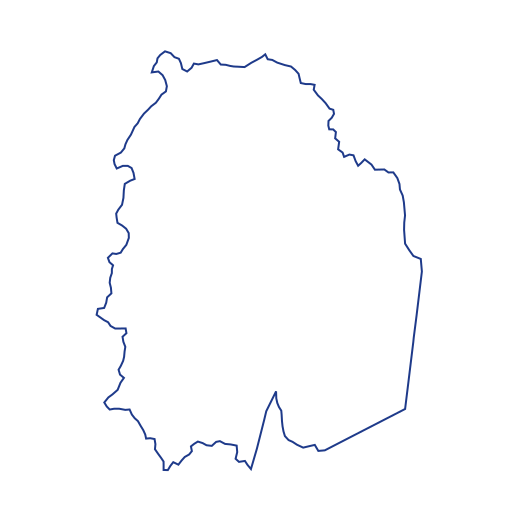 the district of Rio Bananal, Espírito Santo, Brazil, rotated 355°
{"feature_id": "56859067B48678368880409", "entity_name": "Rio Bananal", "entity_type": "district", "adm_level": 2, "iso_a3": "BRA", "parent_name": "Brazil", "parent_adm1": "Espírito Santo", "projection": "albers", "projection_center": [-40.336, -19.221], "detail": "fine", "context": "isolated", "style": "outline", "palette": "blue", "viewbox_px": 512, "rotation_deg": 355, "n_neighbors": 0, "source": "geoboundaries", "source_scale": "gbopen_adm2", "svg_char_len": 3036}
<svg xmlns="http://www.w3.org/2000/svg" viewBox="0 0 512 512"><g transform="rotate(355 256 256)"><path d="M99.0,306.6L102.9,309.1L105.0,313.0L109.4,316.0L114.4,316.4L119.8,316.8L120.2,321.6L116.0,324.8L116.4,329.9L117.9,335.1L116.8,339.5L115.8,345.0L114.5,348.9L111.8,353.6L109.2,357.3L110.2,362.3L113.8,365.9L110.0,370.4L106.5,377.3L100.9,381.4L96.6,384.0L92.1,388.7L94.2,392.9L96.9,396.2L101.1,395.8L106.3,396.2L112.4,397.9L116.7,397.9L118.5,403.1L121.0,407.0L124.0,410.2L126.2,415.0L128.5,419.6L130.1,424.2L130.6,428.3L134.7,428.3L139.0,429.5L139.4,434.7L138.5,439.7L141.3,444.6L143.9,448.9L146.0,452.7L145.7,456.7L145.3,461.1L149.5,461.6L152.5,457.5L155.6,454.2L160.5,457.1L164.2,453.1L167.5,450.0L172.1,447.9L175.1,444.8L174.6,440.0L178.1,437.7L181.9,435.8L186.5,437.7L190.2,440.2L195.4,441.3L200.1,437.7L203.9,437.3L208.8,440.5L214.3,441.5L220.2,443.2L220.2,449.7L218.0,456.2L221.1,459.6L227.1,459.2L229.3,463.3L232.4,467.8L240.1,448.0L249.8,420.2L252.7,411.5L264.2,392.6L263.8,399.6L264.4,404.3L265.7,408.4L267.7,412.3L267.7,416.4L267.5,422.8L267.6,428.0L268.1,433.1L269.1,437.9L272.4,442.2L276.2,444.3L280.4,447.6L286.3,451.0L292.4,450.1L298.1,449.3L301.1,455.6L307.6,455.6L325.9,448.1L347.4,439.3L391.2,421.4L394.3,406.8L395.5,401.2L405.2,355.4L406.1,350.7L410.7,329.6L419.9,285.9L419.9,273.3L412.8,269.7L409.2,263.6L405.6,256.7L405.7,249.5L405.8,242.8L406.6,235.6L408.0,228.6L408.0,222.7L408.0,215.4L407.4,208.6L405.2,202.3L405.2,196.8L403.6,190.7L400.1,184.7L395.2,184.3L391.4,181.0L386.9,180.7L382.0,180.4L379.0,175.0L372.7,169.2L368.8,172.6L365.6,175.0L363.5,170.1L361.9,164.2L357.9,163.1L352.4,164.9L351.3,160.5L347.1,156.9L348.8,149.5L345.1,145.7L346.4,139.5L343.9,136.6L340.0,136.2L339.4,132.4L340.0,127.8L343.5,124.9L346.1,121.2L345.7,117.1L342.1,115.6L338.6,109.7L335.2,105.3L331.7,101.4L328.0,95.4L329.3,90.6L325.4,89.5L320.3,89.0L315.7,87.6L314.9,82.5L314.3,78.2L311.2,74.1L307.4,70.3L301.3,68.3L294.0,65.2L289.3,62.1L284.8,61.0L282.8,55.9L279.3,58.2L274.3,60.5L268.2,63.1L261.1,66.8L254.9,65.9L250.4,65.3L246.8,64.4L242.5,62.9L237.6,62.2L234.2,57.4L227.7,58.4L220.8,59.4L215.3,60.1L210.9,58.9L208.2,62.9L203.5,66.2L198.9,63.3L198.0,57.3L196.4,52.8L192.1,50.8L188.7,46.5L183.2,44.2L178.1,47.4L175.1,50.5L174.0,54.5L170.8,57.9L168.2,64.0L174.8,63.7L178.7,67.7L180.9,72.8L182.0,79.1L180.6,84.2L175.9,87.0L172.9,90.9L169.6,94.6L164.7,97.7L161.3,100.8L156.8,104.4L152.3,109.4L149.7,113.5L146.2,116.8L142.0,124.2L138.0,129.2L135.7,133.3L134.2,137.3L130.4,141.2L124.3,143.8L122.7,148.1L123.1,152.1L124.9,156.7L131.2,154.6L136.1,155.0L139.7,157.5L141.2,162.5L141.8,168.7L137.3,170.0L131.6,172.7L130.1,178.9L129.0,186.6L127.0,193.3L122.9,197.8L120.4,201.6L120.5,205.7L120.9,210.9L125.2,213.9L129.0,217.5L131.2,222.1L130.9,226.9L127.8,233.6L124.0,237.5L121.5,240.9L117.0,241.8L113.2,240.9L108.3,244.9L109.5,249.4L112.8,252.8L111.3,256.4L110.9,260.5L108.9,265.0L107.9,269.9L108.7,275.0L108.7,280.6L104.1,284.2L102.7,289.5L100.2,294.5L93.9,294.9L92.1,300.7L99.0,306.6Z" fill="none" stroke="#1e3a8a" stroke-width="2"/></g></svg>